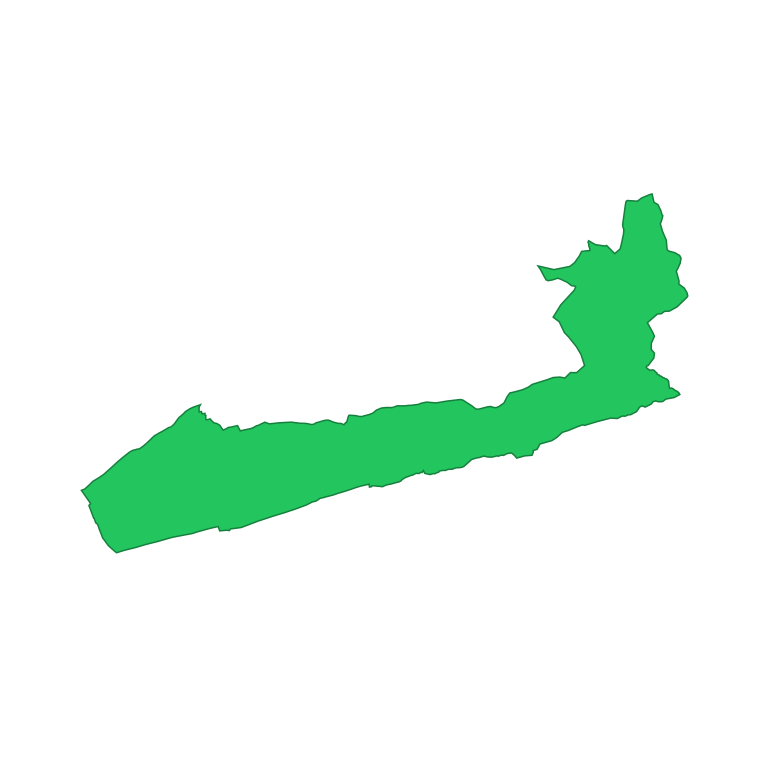 Sambata De Sus, Brasov, Romania (Albers equal-area conic projection), rotated 254°
{"feature_id": "2599482B2272627924315", "entity_name": "Sambata De Sus", "entity_type": "district", "adm_level": 2, "iso_a3": "ROU", "parent_name": "Romania", "parent_adm1": "Brasov", "projection": "albers", "projection_center": [24.821, 45.691], "detail": "fine", "context": "isolated", "style": "filled", "palette": "green", "viewbox_px": 768, "rotation_deg": 254, "n_neighbors": 0, "source": "geoboundaries", "source_scale": "gbopen_adm2", "svg_char_len": 6084}
<svg xmlns="http://www.w3.org/2000/svg" viewBox="0 0 768 768"><g transform="rotate(254 384 384)"><path d="M492.8,694.1L492.8,691.2L491.8,682.9L489.9,678.0L493.3,668.5L492.9,667.1L489.9,665.5L471.1,657.2L468.5,657.0L466.3,657.1L462.5,655.7L455.2,651.9L448.8,648.3L445.7,641.7L455.8,636.2L455.7,634.5L459.7,625.6L465.3,620.2L464.1,619.2L462.0,619.4L460.2,618.9L459.2,619.1L456.3,619.0L455.6,618.6L457.0,610.6L453.1,606.9L448.1,600.6L445.8,595.1L447.1,578.9L455.0,564.6L451.2,565.9L443.6,567.5L439.5,568.5L438.1,570.1L437.6,574.8L437.8,580.1L436.3,582.4L432.6,586.6L431.2,588.2L426.9,591.3L425.5,594.3L424.5,595.0L421.7,592.7L416.4,584.0L411.4,575.8L401.6,565.0L395.5,569.6L383.6,571.6L378.4,574.4L366.9,579.2L358.2,581.5L346.5,581.9L341.8,572.3L343.6,566.4L339.9,559.6L342.2,554.9L343.6,548.4L343.1,541.7L342.8,526.4L341.2,521.9L340.3,515.6L340.4,507.7L340.7,502.5L337.9,498.9L334.2,495.5L332.6,493.9L330.7,488.3L330.4,485.9L330.7,483.9L333.0,480.2L333.5,477.4L333.7,468.5L334.4,465.8L335.6,464.7L338.7,462.5L346.7,455.5L347.9,453.5L348.4,450.9L350.3,439.3L351.5,428.7L354.9,419.9L355.3,414.1L354.9,411.9L355.8,405.7L356.0,404.6L356.1,403.6L356.7,401.8L356.9,400.2L357.1,399.1L357.5,396.9L358.0,395.5L358.5,393.6L358.8,392.9L359.0,392.1L359.4,390.5L359.3,389.1L359.1,387.4L359.1,385.8L359.4,384.3L360.7,380.0L361.6,374.9L361.0,369.5L359.1,365.3L358.7,360.9L358.9,355.1L358.7,354.0L359.4,352.1L359.8,350.9L361.3,348.3L363.6,342.0L363.0,341.0L357.4,337.5L357.5,336.6L355.9,334.3L357.9,331.9L358.9,328.9L360.3,326.5L362.1,323.8L363.2,322.5L364.8,320.2L365.1,318.1L365.4,317.5L365.4,307.6L364.7,305.8L365.0,303.3L365.8,301.6L366.5,300.4L367.7,297.9L369.5,292.3L373.0,284.1L373.4,282.2L375.5,273.0L377.0,264.5L377.2,262.9L380.1,259.0L379.5,254.8L379.0,252.5L378.9,250.8L378.9,249.6L378.6,248.1L378.3,247.2L378.0,245.9L377.9,243.3L378.5,234.7L378.5,233.0L378.8,232.9L384.4,231.7L384.8,224.3L385.2,222.7L384.5,219.9L384.0,216.7L387.5,215.4L389.6,214.8L392.2,212.3L393.4,209.9L396.1,208.3L398.5,207.2L398.4,206.7L398.3,205.9L398.6,203.4L400.1,203.1L402.8,204.1L403.2,203.4L405.2,203.8L405.3,201.0L407.9,200.9L408.0,198.7L409.8,199.0L411.2,199.4L412.0,199.8L412.9,200.0L414.7,201.8L414.3,194.4L414.0,192.3L413.7,190.6L412.5,186.4L411.9,185.0L410.8,183.2L409.2,179.8L408.2,177.5L406.8,175.7L405.4,173.9L403.5,171.5L403.0,170.6L402.1,168.9L401.4,167.3L401.5,165.1L400.8,162.6L399.5,157.4L398.9,154.4L398.1,151.6L397.8,150.0L397.5,149.0L396.2,146.4L395.5,145.2L392.6,139.7L390.7,135.5L389.1,131.1L389.4,128.7L389.4,126.0L389.5,124.6L389.3,123.3L388.8,121.0L388.3,119.7L385.5,112.9L382.8,106.8L379.3,99.9L374.3,89.5L372.6,84.4L370.7,77.4L367.9,72.2L365.5,67.3L365.2,63.8L350.0,69.0L349.5,68.7L349.3,67.7L348.3,66.8L345.0,67.2L335.4,67.9L334.8,68.1L334.7,68.4L332.3,68.5L329.9,68.7L328.0,70.0L322.7,70.3L313.1,71.2L312.8,71.5L304.8,74.4L302.8,75.6L297.6,78.9L295.5,80.4L295.7,88.6L295.3,99.0L295.4,110.8L295.0,122.4L295.0,137.3L294.7,141.3L293.9,150.3L293.3,156.0L293.1,158.5L293.3,163.7L293.2,176.7L292.7,185.3L288.1,185.6L286.8,192.4L285.7,195.1L287.0,196.3L285.4,207.2L286.2,216.9L286.9,224.8L287.5,239.7L287.8,254.7L288.3,265.3L288.6,269.3L289.1,275.8L289.9,280.4L290.3,281.9L290.3,284.1L290.2,286.1L291.0,289.3L291.7,290.7L291.5,294.4L291.5,298.3L291.3,304.5L291.6,309.9L291.6,315.0L291.8,321.2L292.2,328.2L292.3,333.4L291.8,342.0L288.9,341.6L288.8,342.2L288.9,343.1L288.7,343.8L289.5,344.6L286.8,351.6L285.9,353.7L285.7,354.2L286.2,357.5L286.2,360.6L285.9,362.8L285.9,367.8L285.8,372.0L286.3,373.9L287.2,375.1L288.2,379.0L288.7,385.2L288.5,386.6L289.0,388.5L289.2,390.0L289.1,390.8L288.3,393.2L289.0,395.6L288.4,396.2L289.9,398.0L286.8,398.6L284.2,403.4L284.3,406.4L283.7,408.3L284.1,409.9L284.2,412.4L285.1,413.3L284.6,417.2L284.0,419.0L284.2,422.5L283.3,426.2L283.6,430.0L282.6,434.4L282.5,436.2L282.7,438.0L287.3,447.5L287.4,452.5L287.0,455.9L287.3,459.8L285.1,464.0L283.9,467.8L283.7,473.3L283.0,473.9L283.3,477.2L282.4,479.3L283.2,483.1L282.5,487.6L279.4,489.7L276.2,491.1L276.1,499.4L274.7,506.6L277.1,508.6L278.9,509.1L279.0,513.2L283.3,517.3L283.3,529.8L285.0,535.4L288.4,542.2L288.5,548.2L289.5,557.2L290.0,563.7L288.9,565.4L289.1,577.9L288.7,592.7L286.5,598.7L287.5,604.2L286.6,606.9L287.0,610.3L286.5,612.7L287.5,617.4L287.8,619.1L291.4,623.5L291.8,626.2L289.8,628.7L291.1,635.6L292.7,637.4L292.9,640.2L291.3,642.9L290.3,646.8L291.8,650.9L291.0,659.1L292.3,665.3L292.5,665.2L292.6,665.3L293.1,665.2L293.1,665.3L293.8,665.1L294.2,665.0L294.6,664.8L295.1,664.4L295.3,664.4L295.5,664.2L296.5,663.4L296.8,663.1L297.1,662.8L297.4,662.3L297.7,662.0L298.9,661.2L300.0,660.3L300.3,660.0L300.8,659.3L300.9,659.1L301.0,658.8L301.0,658.3L301.0,657.9L300.9,657.7L301.0,657.5L301.4,657.3L301.7,657.4L301.9,657.3L303.4,657.5L303.7,657.5L304.5,657.7L305.9,657.9L307.1,658.1L307.8,658.3L308.2,658.2L308.9,658.1L309.2,657.9L309.4,657.9L310.1,657.7L310.7,657.2L310.9,657.0L311.0,656.9L311.2,656.5L311.3,656.4L311.5,656.0L311.8,655.7L312.2,655.3L312.5,655.1L312.8,654.7L313.4,653.8L313.7,653.5L314.0,653.4L314.4,653.2L314.6,653.0L314.8,652.8L315.4,652.2L315.6,651.6L315.7,651.4L315.8,651.4L316.4,651.2L316.6,651.1L317.1,650.4L317.4,650.2L317.8,649.6L318.2,649.3L318.4,649.2L318.7,649.3L318.9,649.4L319.0,649.4L319.5,649.3L320.1,648.9L320.7,648.3L321.1,648.1L321.4,647.9L321.9,647.9L322.3,647.7L322.7,647.4L323.2,646.8L323.4,646.2L323.6,645.7L323.7,645.3L323.6,644.8L323.7,644.5L323.8,643.9L323.9,643.6L324.5,642.9L325.1,642.4L326.1,641.5L326.6,641.2L327.2,640.8L327.4,640.9L327.5,640.8L328.0,640.8L328.8,641.5L329.0,643.2L331.7,646.7L334.5,650.5L339.1,652.5L343.6,650.4L349.6,652.3L355.3,657.1L359.3,656.6L370.3,654.1L375.9,666.1L375.1,670.1L376.5,673.7L375.4,678.3L377.4,687.1L384.0,699.4L384.9,700.3L388.5,700.4L393.4,699.1L398.4,695.3L399.2,695.1L400.7,695.7L401.8,696.0L409.8,696.1L411.1,696.0L411.9,696.1L414.2,698.4L418.3,701.9L423.0,704.2L426.1,703.6L430.1,699.7L433.5,694.1L435.2,693.2L444.4,695.0L447.6,694.6L454.1,693.8L461.8,693.8L465.7,696.6L468.9,698.4L470.2,697.9L474.4,697.9L477.1,697.4L480.9,696.8L484.2,693.6L492.8,694.1Z" fill="#22c55e" stroke="#15803d" stroke-width="1.5"/></g></svg>